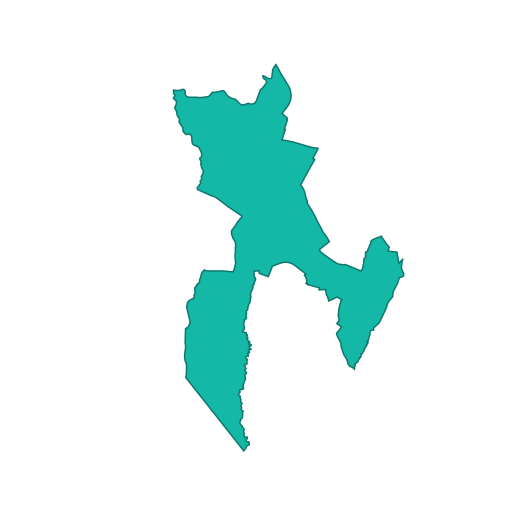 outline of Papalotla de Xicohténcatl, Tlaxcala, Mexico, rotated 114°
{"feature_id": "50627088B24838191434080", "entity_name": "Papalotla de Xicohténcatl", "entity_type": "district", "adm_level": 2, "iso_a3": "MEX", "parent_name": "Mexico", "parent_adm1": "Tlaxcala", "projection": "robinson", "projection_center": [-98.192, 19.172], "detail": "fine", "context": "isolated", "style": "filled", "palette": "teal", "viewbox_px": 512, "rotation_deg": 114, "n_neighbors": 0, "source": "geoboundaries", "source_scale": "gbopen_adm2", "svg_char_len": 6148}
<svg xmlns="http://www.w3.org/2000/svg" viewBox="0 0 512 512"><g transform="rotate(114 256 256)"><path d="M138.0,398.8L141.0,397.4L142.3,395.3L142.9,395.1L144.9,395.8L145.3,395.7L145.8,395.2L146.5,392.7L147.6,391.2L150.0,390.6L153.7,390.6L156.0,387.6L159.8,385.0L162.1,381.4L163.2,381.0L163.9,381.2L165.3,380.3L168.7,374.8L171.4,373.7L172.5,372.0L173.4,369.6L173.3,368.9L171.9,367.2L171.8,365.8L172.2,364.2L172.9,363.5L177.2,361.2L179.2,359.7L179.9,358.2L179.8,353.4L180.1,352.3L183.3,348.3L185.1,347.1L187.0,346.3L188.3,346.4L189.5,347.2L189.9,347.1L192.7,344.0L194.5,344.0L196.2,342.4L197.4,341.6L199.3,339.1L200.2,338.4L204.1,338.0L205.4,338.4L207.0,337.5L207.8,336.7L210.2,337.5L212.1,336.1L214.0,336.8L215.2,336.6L217.0,337.5L218.0,337.3L219.1,336.4L219.1,321.5L218.7,317.5L220.2,310.0L222.4,301.2L225.2,285.2L226.9,285.0L228.3,285.7L230.6,286.1L233.0,286.9L236.1,287.1L242.8,288.6L245.6,287.5L248.9,284.5L251.7,280.6L255.0,278.7L256.1,278.5L261.2,276.3L264.3,275.3L270.6,271.8L275.4,270.8L279.8,270.4L283.3,280.6L289.4,294.2L289.8,296.1L289.7,297.6L292.6,298.5L294.6,298.6L298.5,297.8L300.1,297.9L303.1,297.0L303.9,297.1L305.2,298.0L306.5,298.4L308.4,298.2L309.5,299.0L312.0,298.2L312.6,297.4L314.4,296.7L315.6,296.5L317.1,296.7L318.1,295.8L318.9,295.7L320.6,296.2L323.3,298.7L325.9,299.6L330.6,298.8L340.0,291.7L341.9,290.0L343.3,289.6L344.4,288.7L345.3,289.1L349.4,289.1L349.7,290.0L351.0,290.8L363.8,285.6L367.6,283.3L375.8,280.9L380.8,278.0L381.2,277.3L383.3,275.4L390.8,272.1L393.4,271.2L395.5,270.9L439.0,187.9L435.1,187.0L433.3,187.2L432.6,186.9L432.0,185.9L431.1,185.5L429.7,186.0L428.8,186.9L429.2,188.6L429.2,189.6L428.0,190.4L426.4,189.7L425.2,190.2L425.0,190.4L425.2,191.0L425.9,191.8L425.8,192.8L425.3,193.9L423.4,194.3L421.3,196.0L419.6,196.2L418.8,196.7L418.1,198.2L416.9,199.7L416.4,201.3L414.7,203.3L413.0,203.0L411.6,203.6L410.6,203.0L409.4,202.7L407.5,203.1L404.8,204.6L403.2,204.5L402.8,204.7L402.9,206.3L402.3,207.2L400.7,207.2L399.4,208.6L396.0,209.0L395.8,210.8L394.2,210.9L393.0,211.7L392.2,212.7L390.7,213.2L389.7,215.6L388.4,215.8L386.9,215.2L386.4,215.4L385.9,216.2L385.4,216.6L384.6,216.1L383.1,213.7L382.4,213.5L381.7,213.7L380.3,215.1L379.6,214.9L377.1,215.5L375.0,215.7L372.8,215.4L369.4,217.8L368.6,217.8L367.7,217.2L366.6,217.1L365.0,219.7L363.0,219.2L362.2,220.5L361.7,220.6L360.5,221.9L360.0,222.1L358.6,220.5L357.9,220.4L356.6,221.2L354.2,221.8L353.8,222.2L353.6,223.7L353.0,224.4L351.7,224.0L350.6,222.3L350.1,222.3L348.5,223.9L348.1,223.8L347.5,222.9L346.4,222.8L345.8,224.2L345.0,224.8L344.6,224.7L344.0,223.1L343.3,222.6L343.0,222.7L342.9,224.1L341.4,225.6L340.3,224.2L339.9,224.0L339.5,224.5L339.1,224.3L338.8,225.5L339.6,225.8L339.6,226.3L338.8,227.4L338.1,227.3L337.5,226.7L336.9,226.9L336.9,228.5L336.1,229.1L335.6,230.3L334.7,230.8L334.3,230.2L333.9,230.2L333.4,231.8L332.9,232.0L332.0,231.6L331.7,231.9L331.6,233.0L330.3,233.3L330.1,233.5L330.6,237.3L329.8,237.7L327.8,237.0L327.1,237.2L325.3,238.0L323.6,239.4L322.6,239.9L320.2,240.0L319.2,240.6L317.9,239.7L316.5,239.5L315.4,240.0L314.7,241.0L312.4,241.1L311.6,241.9L310.9,242.2L310.1,242.4L308.9,241.8L304.3,242.9L299.9,242.7L297.9,243.6L295.6,243.9L293.0,245.6L292.2,245.8L286.9,245.8L285.5,246.1L284.2,246.9L282.8,246.2L281.5,246.7L277.7,246.8L276.5,247.5L275.4,249.4L270.7,251.6L268.4,247.4L270.5,246.1L269.9,236.4L260.6,236.7L258.8,237.0L253.1,231.4L250.4,228.1L249.0,224.9L248.4,221.6L248.5,217.9L252.1,203.2L253.4,204.0L253.8,204.0L255.3,201.7L257.6,199.7L259.3,199.0L260.6,199.3L260.9,198.5L260.7,197.3L261.1,197.3L261.3,196.9L260.9,195.9L259.3,185.2L261.3,184.7L258.4,178.9L261.9,176.5L264.5,173.7L267.5,171.2L260.5,165.1L261.0,159.8L262.4,160.2L269.8,159.0L276.8,156.7L278.4,155.8L280.0,154.2L283.1,154.0L284.9,154.7L286.0,149.0L293.9,151.0L296.1,149.2L298.9,145.6L301.4,142.8L303.6,141.8L308.6,137.5L310.6,135.3L314.0,130.5L317.6,127.6L318.5,125.6L318.6,122.4L319.3,120.1L317.6,120.7L315.7,120.8L314.5,121.5L311.5,120.1L307.9,119.9L306.9,120.2L306.3,119.2L304.5,119.4L303.1,120.2L302.9,119.8L302.4,119.4L299.6,119.1L299.0,118.7L297.5,119.3L296.6,118.9L295.5,119.1L292.8,118.4L292.3,118.9L290.9,118.4L290.5,119.0L289.2,118.4L288.8,118.8L288.6,119.7L288.3,119.8L287.5,119.2L286.2,119.2L284.6,119.7L281.4,119.9L279.9,120.8L277.7,121.0L276.4,119.7L276.1,118.7L275.5,118.5L274.7,119.1L273.6,119.2L266.9,116.2L249.8,115.8L247.2,116.4L243.8,116.3L237.7,114.6L233.1,116.1L223.1,115.6L218.0,116.1L216.9,115.6L215.5,113.9L214.3,113.2L212.9,113.4L211.8,114.1L210.6,115.6L207.8,118.3L203.1,119.9L200.2,120.5L198.8,120.5L204.6,122.5L195.1,128.8L197.9,137.4L193.6,137.9L192.2,141.0L187.9,148.3L186.9,149.5L192.0,154.6L194.5,156.6L196.1,157.0L196.7,156.6L197.8,156.6L198.5,156.1L199.0,156.1L200.2,156.7L201.8,156.2L204.5,156.4L205.7,156.2L206.8,156.3L207.4,156.7L207.6,157.4L210.7,156.4L211.9,155.3L215.0,156.3L219.3,154.5L220.9,154.4L222.8,153.8L224.7,153.6L227.0,154.0L227.4,170.3L227.6,171.3L228.3,172.1L229.7,176.9L229.9,178.6L229.0,184.8L226.1,198.5L224.6,200.5L224.1,200.6L213.0,194.8L209.1,200.3L207.2,204.0L199.7,213.5L198.9,214.8L197.9,215.5L192.0,223.1L187.3,230.2L186.5,230.8L185.1,231.4L181.7,234.6L177.5,237.8L175.2,240.1L174.9,241.0L172.7,244.1L158.8,243.0L145.6,241.8L144.1,241.4L143.9,241.6L143.7,243.7L135.1,243.1L132.4,243.2L133.8,247.8L134.7,253.0L136.7,268.3L139.3,279.5L128.4,280.7L128.8,281.7L119.5,282.6L118.7,282.9L118.6,283.6L117.2,283.6L115.2,290.2L106.4,288.0L103.4,287.6L98.8,288.0L96.0,288.9L93.9,289.9L90.1,292.5L87.9,294.8L79.4,307.2L73.0,315.6L76.9,316.5L79.4,316.4L86.5,314.2L87.6,314.4L88.4,315.3L88.8,316.8L88.4,322.3L88.4,322.7L88.8,323.0L89.8,322.3L90.6,321.3L91.0,320.4L91.2,318.6L91.8,317.7L92.9,317.0L94.3,317.0L100.0,318.4L102.4,319.6L113.9,318.8L117.0,319.3L118.1,320.3L119.3,322.4L119.7,325.2L122.5,328.2L123.5,329.7L123.8,331.3L123.1,334.1L122.1,336.0L121.3,338.4L121.9,342.7L121.3,347.2L118.3,352.0L118.3,353.4L122.5,359.0L124.2,362.3L124.7,362.8L125.9,362.9L128.8,363.8L130.1,364.8L134.2,371.7L135.0,374.4L138.2,381.7L138.6,383.4L138.2,385.0L137.4,386.2L134.3,387.8L133.5,388.6L133.2,389.6L133.9,391.3L135.7,393.1L136.9,395.2L138.0,398.8Z" fill="#14b8a6" stroke="#0f766e" stroke-width="1.5"/></g></svg>